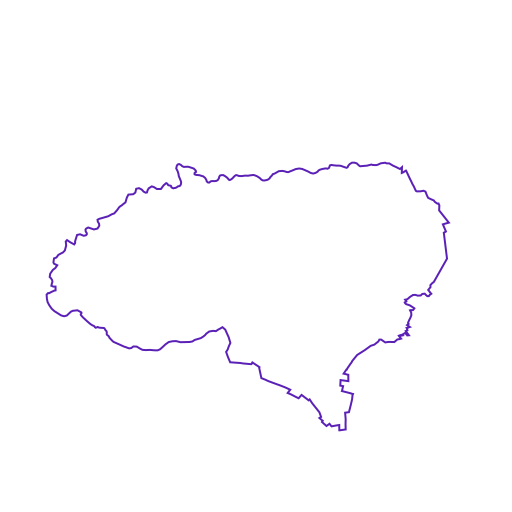 the district of Tepatlaxco, Veracruz, Mexico, rotated 301°
{"feature_id": "50627088B46485171339687", "entity_name": "Tepatlaxco", "entity_type": "district", "adm_level": 2, "iso_a3": "MEX", "parent_name": "Mexico", "parent_adm1": "Veracruz", "projection": "robinson", "projection_center": [-96.855, 19.048], "detail": "fine", "context": "isolated", "style": "outline", "palette": "violet", "viewbox_px": 512, "rotation_deg": 301, "n_neighbors": 0, "source": "geoboundaries", "source_scale": "gbopen_adm2", "svg_char_len": 6119}
<svg xmlns="http://www.w3.org/2000/svg" viewBox="0 0 512 512"><g transform="rotate(301 256 256)"><path d="M372.7,405.0L374.8,406.2L379.4,399.9L381.6,401.9L383.9,404.1L389.4,389.5L393.8,387.1L395.0,385.4L394.3,384.5L394.5,381.4L395.2,379.8L394.8,376.8L394.5,373.6L396.2,371.0L398.5,368.1L398.2,366.0L396.1,363.6L394.3,360.7L394.2,359.4L396.9,355.5L398.3,353.0L400.6,349.6L400.9,349.0L406.2,341.1L406.5,340.6L406.3,340.4L403.5,339.1L402.3,338.2L407.3,335.4L404.7,334.6L404.4,330.3L404.0,326.9L404.0,322.5L402.6,320.1L402.5,318.7L399.7,315.2L397.0,313.4L395.8,312.2L394.2,309.3L393.8,307.8L392.5,306.5L390.6,304.6L389.0,302.4L387.5,300.3L386.7,299.3L386.5,298.6L386.8,296.7L387.3,294.6L386.7,292.3L385.4,290.2L383.1,289.0L381.0,288.6L379.3,288.8L378.3,288.3L377.8,286.4L377.0,282.4L376.1,280.3L375.1,278.8L373.7,275.8L372.8,273.6L371.7,272.7L369.8,273.1L368.8,273.1L367.6,272.3L367.1,270.8L365.1,268.4L363.1,266.5L361.4,265.5L360.0,265.4L357.8,264.2L356.1,262.5L355.4,260.2L355.2,256.6L354.8,253.7L354.4,250.7L353.2,247.9L351.0,245.3L347.7,242.9L346.1,241.6L344.7,240.7L343.8,239.1L343.4,237.1L342.6,234.9L340.5,231.9L336.1,229.4L334.7,228.2L334.1,228.3L332.3,228.0L330.6,227.6L329.6,227.7L327.5,226.8L326.1,225.5L324.9,224.1L324.3,222.8L324.2,221.4L324.8,219.0L324.9,216.0L324.6,213.8L324.2,212.2L322.8,210.3L320.7,207.8L319.3,205.3L317.0,202.4L315.7,199.9L315.5,198.3L315.1,197.3L313.9,196.6L312.3,196.2L310.0,195.7L308.5,195.0L307.6,194.4L307.4,193.4L307.9,192.2L308.3,190.7L308.5,188.8L308.5,186.4L307.5,184.7L306.4,183.7L304.9,183.7L303.4,184.2L301.4,184.1L300.0,183.4L298.7,181.7L297.6,179.7L296.6,178.7L295.0,178.2L294.3,177.1L294.4,176.2L294.6,175.3L295.4,174.6L296.7,172.3L297.1,169.9L296.1,165.8L294.9,163.4L294.4,161.9L294.6,161.0L295.8,160.6L297.2,161.3L298.2,160.3L298.9,157.6L298.2,154.3L297.5,151.7L296.3,149.9L295.2,148.2L295.0,146.5L295.4,144.6L295.2,142.7L294.0,141.7L292.4,141.7L290.0,142.5L288.3,145.2L286.4,147.3L284.8,148.6L283.9,149.8L282.2,152.1L280.9,153.7L279.1,154.6L277.5,154.8L276.5,154.4L275.6,153.3L273.7,152.5L272.6,151.6L272.3,151.0L271.5,150.4L271.3,149.7L271.3,148.3L271.5,147.8L272.1,147.4L272.3,146.8L272.0,145.8L271.7,145.0L271.5,144.3L272.3,142.7L272.2,141.5L269.0,140.4L264.5,140.0L262.4,136.5L262.5,133.1L262.0,130.8L258.8,129.2L256.6,129.2L254.3,129.8L253.4,128.7L253.3,126.5L254.1,123.9L253.9,120.8L251.9,118.7L248.2,119.9L245.7,118.9L242.9,115.0L239.6,115.2L234.7,116.5L231.7,115.3L230.3,114.9L228.9,114.1L226.9,113.5L226.2,113.5L225.5,113.5L224.9,113.4L224.1,113.3L223.3,113.3L222.7,113.1L222.0,113.0L221.4,112.9L220.5,112.7L219.9,112.7L219.4,112.5L217.5,110.9L214.0,108.9L210.0,105.2L206.9,102.3L205.4,101.5L203.9,102.8L202.9,104.8L201.2,106.1L197.9,106.0L195.3,103.4L194.0,97.5L192.0,96.3L191.0,96.2L190.6,96.4L189.3,97.4L188.5,99.1L187.5,99.8L187.1,99.7L186.2,99.6L184.6,97.9L184.0,94.0L181.9,91.8L178.1,92.7L175.3,93.4L174.5,94.0L173.7,94.3L172.3,94.2L172.1,89.9L172.3,85.8L170.4,85.5L167.2,87.9L162.3,89.3L159.6,88.7L156.9,87.0L155.1,86.0L151.9,85.7L149.9,84.1L146.1,85.7L145.4,86.8L145.5,88.3L145.7,90.4L142.4,90.2L139.4,89.0L134.8,88.7L131.7,90.0L131.3,91.8L130.3,93.7L129.1,94.8L127.6,95.1L125.1,95.9L125.4,98.0L126.5,99.9L124.5,101.2L123.3,101.9L122.4,100.9L119.3,98.8L117.5,97.8L117.2,96.9L115.1,96.4L111.5,98.9L109.1,101.2L107.3,104.2L105.6,108.0L104.9,111.6L104.8,116.4L104.7,119.5L105.5,122.5L107.5,124.5L112.9,126.0L114.6,127.1L117.5,130.9L117.6,132.8L117.7,135.3L117.3,135.8L115.7,135.8L115.2,136.3L114.3,139.1L113.2,144.3L112.4,148.9L112.3,151.0L112.5,153.0L112.5,153.7L112.0,154.6L112.0,155.6L112.8,156.3L113.6,156.8L113.7,158.0L114.2,159.3L115.8,162.4L116.0,163.2L115.7,163.8L115.0,165.0L114.5,166.7L113.3,167.7L112.2,168.2L111.7,168.9L111.5,170.6L111.3,171.2L110.4,172.6L109.3,176.5L109.0,178.1L109.6,182.8L110.4,189.7L110.9,191.6L111.0,192.6L111.5,194.9L112.9,196.5L115.3,197.5L116.9,200.4L116.9,204.2L117.1,207.1L118.7,210.2L120.8,213.3L122.8,217.4L124.5,220.3L126.6,221.8L129.7,222.8L133.6,223.9L137.3,225.5L139.9,228.3L141.9,231.3L143.2,235.6L145.2,238.8L148.2,243.5L150.0,245.5L152.5,246.7L157.2,251.0L160.0,252.4L162.0,253.1L163.9,253.4L167.2,254.8L169.7,257.7L171.0,260.4L173.6,261.6L175.2,262.6L177.7,263.9L177.1,267.5L174.8,270.8L172.3,274.4L168.3,278.8L164.6,279.2L161.2,279.9L158.4,279.8L155.1,283.8L151.6,288.6L155.2,295.7L156.1,297.4L157.3,300.4L160.5,307.0L161.0,307.8L162.9,307.7L162.6,314.5L162.5,316.2L161.8,316.3L154.1,323.5L154.8,327.8L155.1,330.9L156.1,336.2L157.2,341.9L157.3,342.2L158.4,348.6L159.0,354.2L154.9,353.7L155.4,357.3L155.7,362.2L156.0,365.8L160.4,366.6L159.4,375.5L160.7,375.9L158.7,380.1L154.7,390.8L151.6,394.7L149.8,393.8L149.5,395.3L149.1,398.1L147.7,398.0L146.6,404.0L150.0,405.4L148.9,408.5L150.5,410.3L152.0,412.0L154.0,414.4L149.5,417.2L149.6,417.4L153.5,422.2L157.9,419.4L162.3,416.9L167.6,413.1L170.0,416.1L176.7,414.1L182.6,412.2L184.7,411.2L186.0,410.6L187.7,410.2L187.1,408.6L187.2,408.3L185.8,403.6L184.5,399.2L184.9,399.1L189.3,397.7L188.3,395.0L193.2,392.4L194.4,395.2L196.3,399.6L201.7,396.3L200.3,391.7L202.0,391.8L205.3,392.0L205.4,392.3L207.1,392.2L212.2,392.5L213.9,392.7L215.6,392.6L215.9,392.6L223.3,393.7L231.5,397.8L238.1,400.6L241.0,403.1L245.8,404.9L247.9,404.8L248.8,406.4L248.5,411.3L250.6,413.8L253.5,418.9L257.2,420.1L258.8,421.9L259.9,422.9L260.7,420.6L261.2,419.5L262.5,420.5L262.2,421.2L263.5,422.6L263.7,421.7L265.1,422.6L265.8,422.9L266.8,423.4L266.3,425.2L266.1,425.9L265.8,426.5L266.8,427.9L268.8,423.0L270.3,424.0L270.7,423.4L271.5,423.2L271.9,422.2L274.4,424.4L274.6,421.1L276.4,421.8L276.8,421.0L277.1,420.7L280.2,420.3L283.0,420.1L285.4,419.6L287.5,418.1L288.8,416.0L289.5,416.7L290.3,418.3L290.8,418.5L292.7,418.7L292.8,417.4L292.9,413.1L292.1,409.6L292.2,408.5L292.6,407.7L292.8,407.4L294.4,408.2L294.6,407.8L294.8,407.9L295.0,407.5L295.4,406.4L296.9,408.0L299.8,408.9L301.8,409.8L302.6,410.3L303.3,410.5L304.7,412.5L305.4,415.2L307.0,417.5L309.1,418.1L310.6,420.0L310.2,421.4L309.8,423.5L310.6,424.8L312.4,425.0L313.9,425.7L314.7,423.4L315.6,421.1L319.2,421.6L320.8,420.5L323.0,420.9L325.4,421.8L352.1,421.1L372.7,405.0Z" fill="none" stroke="#5b21b6" stroke-width="2"/></g></svg>